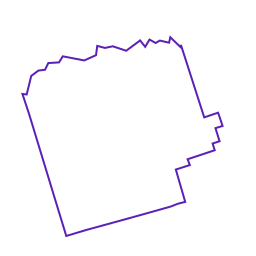 Washington, Indiana, United States of America, rotated 343°
{"feature_id": "52423323B26217734991778", "entity_name": "Washington", "entity_type": "district", "adm_level": 2, "iso_a3": "USA", "parent_name": "United States of America", "parent_adm1": "Indiana", "projection": "robinson", "projection_center": [-86.055, 38.601], "detail": "fine", "context": "isolated", "style": "outline", "palette": "violet", "viewbox_px": 256, "rotation_deg": 343, "n_neighbors": 0, "source": "geoboundaries", "source_scale": "gbopen_adm2", "svg_char_len": 644}
<svg xmlns="http://www.w3.org/2000/svg" viewBox="0 0 256 256"><g transform="rotate(343 128 128)"><path d="M50.7,49.9L40.9,66.3L37.0,64.6L37.5,86.2L37.4,183.5L37.4,213.2L58.5,213.3L103.2,214.6L146.1,215.6L153.4,215.0L161.1,215.4L161.6,181.7L176.3,181.5L175.9,175.3L204.4,174.6L204.4,167.6L211.7,167.4L211.6,153.7L219.0,153.7L218.9,146.9L218.6,139.7L204.0,140.1L202.9,64.0L202.0,66.2L195.0,53.6L192.2,58.4L184.0,53.7L179.3,54.8L174.4,49.7L168.2,55.4L165.2,47.8L148.9,53.6L137.3,45.4L129.4,44.7L122.6,40.5L118.7,49.0L105.9,50.6L86.6,40.4L81.2,45.1L70.8,42.6L65.7,48.0L59.0,46.9L50.7,49.9Z" fill="none" stroke="#5b21b6" stroke-width="2"/></g></svg>